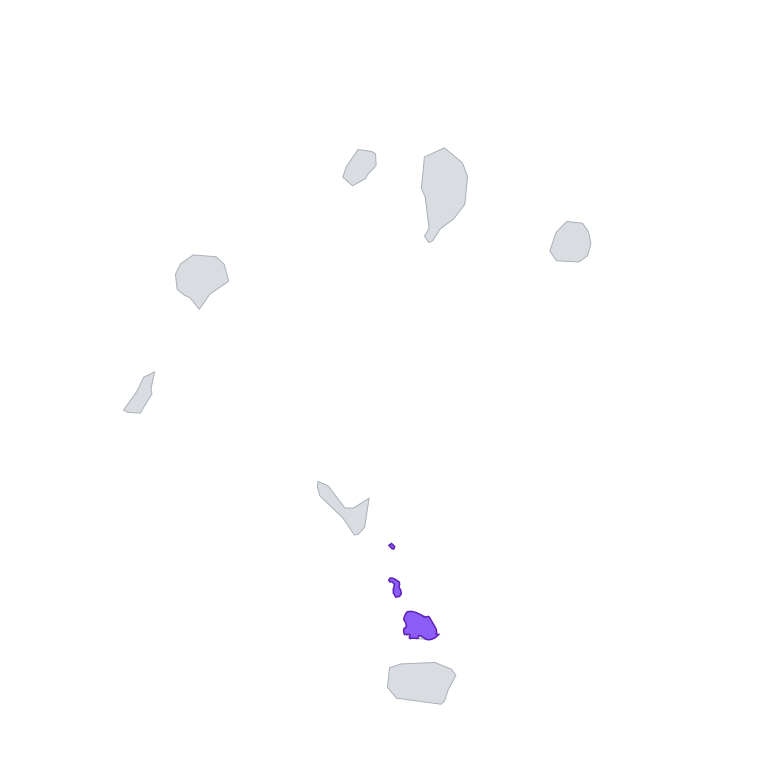 Cabo Verde, with São Vicente highlighted, rotated 216°
{"feature_id": "CPV-5059", "entity_name": "São Vicente", "entity_type": "state/province", "adm_level": 1, "iso_a3": "CPV", "parent_name": "Cabo Verde", "parent_adm1": "", "projection": "natural_earth1", "projection_center": [-24.866, 16.764], "detail": "fine", "context": "in_parent", "style": "filled", "palette": "violet", "viewbox_px": 768, "rotation_deg": 216, "n_neighbors": 0, "source": "natural_earth", "source_scale": "10m", "svg_char_len": 2042}
<svg xmlns="http://www.w3.org/2000/svg" viewBox="0 0 768 768"><g transform="rotate(216 384 384)"><path d="M484.7,591.4L474.0,610.5L450.6,609.0L438.5,601.1L424.3,577.1L424.7,558.6L429.7,542.5L428.8,528.5L430.8,524.8L438.0,527.2L439.2,536.6L460.6,559.6L468.6,564.1L484.7,591.4ZM179.2,188.6L161.9,192.8L154.7,190.8L152.3,174.2L148.8,163.3L149.6,158.5L189.1,137.2L203.0,140.7L212.7,157.7L206.1,167.2L179.2,188.6ZM577.4,336.0L592.1,339.8L597.7,338.4L607.2,339.2L617.2,350.2L619.2,361.7L614.2,376.3L594.7,388.2L583.5,386.8L570.1,375.9L577.7,354.4L577.4,336.0ZM331.7,622.9L317.9,630.8L308.2,627.4L299.1,619.2L294.7,607.4L298.2,597.2L316.8,585.1L327.9,589.0L333.9,607.7L331.7,622.9ZM370.4,255.9L377.7,262.0L380.1,266.4L369.3,268.7L342.9,260.7L335.9,265.6L328.9,282.8L315.5,256.8L316.4,247.2L319.3,244.4L338.0,251.3L370.4,255.9ZM531.1,564.7L526.2,565.4L518.8,556.1L520.4,543.1L519.5,539.7L526.0,525.9L538.9,527.1L542.2,537.3L542.8,558.5L531.1,564.7ZM229.1,215.2L214.6,220.2L205.6,219.6L192.7,212.2L196.8,204.3L210.7,195.5L220.4,193.6L228.3,209.3L229.1,215.2ZM582.4,248.3L576.7,258.9L569.8,243.3L566.0,239.6L564.1,217.2L574.4,210.5L579.3,209.9L579.6,233.1L582.4,248.3Z" fill="#d9dde1" stroke="#a8b0b8" stroke-width="1"/><path d="M223.3,199.2L222.8,200.1L224.3,202.1L226.8,204.0L229.3,204.9L230.2,206.1L231.0,208.6L231.5,211.5L231.2,213.6L228.4,216.1L224.1,217.9L219.2,218.9L214.8,219.2L213.7,219.7L211.9,221.6L211.3,222.1L210.0,221.9L198.9,217.0L197.1,215.9L195.7,214.3L194.8,212.3L192.5,213.6L193.3,209.1L195.3,205.5L197.9,203.0L200.3,202.1L205.8,202.0L208.1,200.8L207.0,198.0L212.0,194.9L213.0,193.4L214.2,193.4L215.3,196.4L217.1,196.0L220.2,193.4L221.9,194.5L223.5,196.5L224.2,198.4L223.3,199.2ZM249.2,218.5L253.5,220.3L255.8,223.3L257.6,227.9L260.9,228.8L263.0,227.3L265.0,228.2L264.8,230.9L261.7,232.4L258.1,232.7L255.1,232.7L253.5,230.9L252.5,228.5L249.2,227.0L246.6,224.3L246.6,221.2L249.2,218.5ZM281.1,255.5L285.2,256.4L284.2,259.4L281.7,259.1L279.6,258.5L279.1,256.1L281.1,255.5Z" fill="#8b5cf6" stroke="#5b21b6" stroke-width="1.5"/></g></svg>